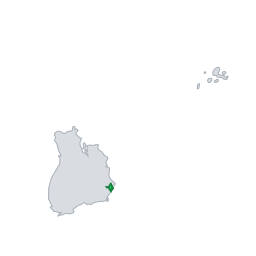 location of Esmeraldas, Esmeraldas, Ecuador, rotated 140°
{"feature_id": "8360857B50260374474946", "entity_name": "Esmeraldas", "entity_type": "district", "adm_level": 2, "iso_a3": "ECU", "parent_name": "Ecuador", "parent_adm1": "Esmeraldas", "projection": "albers", "projection_center": [-79.613, 0.807], "detail": "fine", "context": "in_parent", "style": "filled", "palette": "green", "viewbox_px": 256, "rotation_deg": 140, "n_neighbors": 0, "source": "geoboundaries", "source_scale": "gbopen_adm2", "svg_char_len": 5394}
<svg xmlns="http://www.w3.org/2000/svg" viewBox="0 0 256 256"><g transform="rotate(140 128 128)"><path d="M238.2,105.6L237.4,106.1L235.6,106.3L234.1,105.9L233.6,105.9L233.5,106.3L235.4,107.5L236.3,109.7L237.6,111.0L238.5,111.7L238.5,112.1L238.3,113.0L238.2,113.7L238.7,117.0L238.4,117.2L237.4,117.2L236.5,116.6L234.4,124.8L227.4,132.9L219.4,138.7L210.2,142.1L203.5,144.4L202.4,145.3L199.1,149.3L199.0,149.8L199.4,150.4L199.5,150.9L199.0,151.2L198.5,151.2L198.4,151.0L198.2,150.5L197.8,150.0L197.2,149.9L196.9,150.0L196.9,150.4L196.2,152.6L196.2,153.7L195.9,154.1L195.9,155.1L195.2,156.0L194.7,157.4L194.2,157.9L193.4,160.2L192.4,162.4L192.3,163.2L192.7,163.8L192.8,164.2L192.3,165.6L190.0,167.0L189.3,167.6L189.1,168.4L189.2,169.0L189.2,169.6L188.4,169.8L187.6,171.0L187.1,171.3L185.6,170.9L184.5,170.9L183.6,170.5L181.9,168.3L181.3,167.0L181.1,165.3L179.4,164.2L177.3,164.4L176.6,164.0L175.0,163.3L173.7,162.5L172.7,162.0L171.9,162.2L170.6,163.6L169.3,164.3L168.8,164.2L168.1,163.8L167.9,163.3L169.8,160.9L168.4,160.8L167.9,160.3L167.9,159.7L167.6,159.0L167.9,158.2L168.6,157.8L169.7,158.1L170.4,158.1L170.9,157.4L171.9,156.8L172.1,156.4L171.6,155.2L171.4,154.6L171.6,154.2L171.6,152.9L171.2,152.4L171.2,151.7L171.0,151.3L170.8,150.4L170.2,149.9L172.4,149.0L173.2,148.3L174.2,147.7L175.0,146.8L175.6,145.9L176.9,141.7L178.2,139.0L178.0,137.7L176.9,136.0L176.7,133.5L176.8,132.7L176.7,132.1L176.0,133.2L176.2,136.9L175.6,138.6L174.7,139.0L174.1,138.7L174.5,136.0L173.8,136.5L172.8,138.3L171.2,139.7L171.1,140.2L170.7,140.7L169.4,140.2L168.5,139.6L165.3,136.6L163.2,135.9L162.0,134.8L161.7,134.4L161.5,133.8L162.8,133.1L164.1,132.2L164.3,130.3L164.2,128.8L163.3,126.3L163.7,122.9L163.5,121.6L162.4,118.8L163.2,117.4L166.1,116.4L167.1,115.7L167.7,113.5L168.4,112.2L169.7,112.7L170.7,112.7L169.4,112.2L168.2,110.2L168.1,109.3L170.2,106.5L171.4,105.8L172.8,104.4L173.9,102.2L174.2,98.8L173.7,96.3L173.4,93.7L174.1,93.1L175.9,92.7L177.3,91.9L178.1,91.1L179.8,91.2L181.8,90.0L185.0,89.4L189.4,88.0L190.4,86.8L189.9,84.7L191.6,86.0L192.3,87.0L194.6,88.1L197.3,90.2L199.1,91.2L201.0,92.2L203.8,93.2L205.5,93.0L206.3,94.5L206.9,95.0L208.5,95.5L209.3,98.5L209.7,99.0L211.1,99.4L212.8,99.6L213.5,99.5L215.0,100.3L217.3,100.9L218.2,101.0L218.5,100.9L218.7,100.6L219.4,100.6L220.4,101.0L221.8,101.1L222.7,100.7L222.9,99.1L223.3,98.8L224.3,98.2L224.8,98.3L227.6,99.6L228.2,100.0L228.8,100.9L230.1,102.2L231.5,103.0L233.7,103.4L235.7,104.7L238.2,105.6ZM22.5,103.2L23.3,104.0L23.8,106.5L26.5,109.2L26.8,110.6L26.5,111.3L26.7,111.6L27.9,112.6L28.8,113.7L27.3,116.2L24.3,117.3L21.0,117.2L20.4,116.9L19.5,115.9L19.4,115.1L19.9,114.2L21.6,113.0L24.1,111.9L24.5,111.1L23.5,110.2L22.8,108.5L21.2,107.4L20.4,103.8L19.9,103.6L18.8,104.1L18.2,103.7L18.1,103.4L19.3,102.6L19.6,102.1L21.3,101.8L22.1,102.3L22.5,103.2ZM35.1,114.0L34.3,114.0L32.3,112.7L32.4,111.4L33.3,110.6L36.0,110.2L37.1,111.0L37.0,112.5L36.1,113.6L35.3,113.8L35.1,114.0ZM172.8,144.3L172.5,144.8L171.2,144.8L170.9,144.6L171.2,142.1L171.5,141.3L172.6,140.6L173.5,140.2L174.6,140.3L175.8,141.0L174.4,142.2L173.3,142.6L172.8,144.3ZM20.4,109.7L19.0,109.9L17.9,109.4L17.4,108.7L17.3,107.6L17.4,107.3L19.9,106.9L20.7,107.8L20.7,109.2L20.4,109.7ZM47.4,116.0L45.8,116.6L44.9,116.0L44.8,115.7L45.7,114.9L46.6,114.4L47.4,113.5L48.8,112.9L49.2,113.0L49.5,113.2L49.6,113.6L49.1,114.3L48.2,114.9L47.4,116.0ZM31.9,108.1L31.3,108.5L28.7,108.0L27.9,107.2L28.6,106.2L29.1,105.7L30.6,106.1L32.2,107.3L31.9,108.1ZM33.8,121.7L33.2,121.7L32.5,121.1L33.1,120.1L34.1,120.6L34.4,121.0L33.8,121.7ZM189.3,87.4L188.5,87.5L188.2,86.9L189.1,86.1L189.4,86.0L189.3,87.4Z" fill="#d9dde1" stroke="#a8b0b8" stroke-width="1"/><path d="M176.8,95.8L176.8,96.0L177.0,96.2L177.1,96.3L177.0,96.5L177.3,96.5L177.4,96.4L177.5,96.3L177.7,96.2L177.8,96.1L178.0,96.2L178.0,96.3L178.2,96.2L178.3,96.1L178.5,96.0L178.8,96.0L179.0,95.9L179.4,95.8L179.6,95.8L179.8,95.7L180.0,95.4L180.3,95.3L180.4,95.2L180.5,95.2L180.7,95.3L180.8,95.4L181.0,95.5L181.3,95.7L181.5,95.9L181.8,96.0L182.0,96.2L182.1,96.3L182.0,96.5L182.4,96.6L182.5,96.7L182.5,96.4L182.5,96.2L182.4,96.0L182.4,95.8L182.3,95.7L182.1,95.7L181.9,95.6L181.7,95.5L181.7,95.4L181.6,95.2L181.5,94.9L181.4,94.8L181.4,94.6L181.3,94.3L181.3,94.2L181.3,93.9L181.2,93.7L181.1,93.4L181.2,93.2L181.3,93.1L181.4,93.3L181.5,93.3L181.7,93.1L181.8,93.0L181.8,92.9L181.7,92.8L181.6,92.7L181.5,92.4L181.6,92.2L181.6,91.8L181.6,91.7L181.8,91.6L181.8,91.4L181.8,91.5L181.8,91.4L181.9,91.2L181.9,90.9L181.8,90.7L181.8,90.4L181.8,90.2L181.4,90.4L181.3,90.5L181.2,90.6L180.9,90.7L180.7,90.9L180.4,90.9L180.3,91.0L180.2,91.0L179.9,91.0L179.7,90.9L179.6,91.0L179.5,91.3L179.5,91.6L179.4,91.6L179.4,91.8L179.2,92.0L179.2,91.9L179.2,91.7L179.3,91.7L179.3,91.4L179.3,91.2L179.3,90.9L179.2,90.9L179.1,91.0L178.9,91.1L178.6,91.2L178.3,91.3L178.2,91.3L178.0,91.5L178.2,91.8L178.0,92.0L177.9,92.1L178.0,92.3L177.9,92.4L177.9,92.5L177.9,92.8L177.9,93.0L178.0,93.2L178.0,93.3L177.9,93.3L177.8,93.5L177.7,93.7L177.6,93.8L177.5,94.0L177.3,94.1L177.4,94.3L177.5,94.5L177.4,94.6L177.3,94.8L177.3,94.7L177.2,94.8L177.2,95.0L177.0,95.3L176.9,95.5L176.8,95.8L176.8,95.8ZM179.5,91.4L179.4,91.2L179.3,91.3L179.3,91.6L179.5,91.4L179.5,91.4ZM179.2,92.0L179.3,91.9L179.4,91.7L179.2,91.8L179.2,92.0ZM179.3,91.5L179.3,91.4L179.3,91.5ZM179.2,91.8L179.2,91.7L179.3,91.7L179.2,91.7L179.2,91.8ZM179.3,91.3L179.3,91.2L179.3,91.3Z" fill="#22c55e" stroke="#15803d" stroke-width="1.5"/></g></svg>